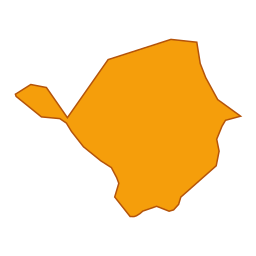 the border of Dravograd
{"feature_id": "SVN-947", "entity_name": "Dravograd", "entity_type": "Municipality", "adm_level": 1, "iso_a3": "SVN", "parent_name": "Slovenia", "parent_adm1": "", "projection": "orthographic", "projection_center": [15.031, 46.594], "detail": "fine", "context": "isolated", "style": "filled", "palette": "amber", "viewbox_px": 256, "rotation_deg": 0, "n_neighbors": 0, "source": "natural_earth", "source_scale": "10m", "svg_char_len": 567}
<svg xmlns="http://www.w3.org/2000/svg" viewBox="0 0 256 256"><path d="M170.9,39.4L196.8,42.2L200.2,63.5L205.7,77.6L217.7,99.6L240.6,116.2L225.5,120.3L222.0,126.2L216.7,139.2L219.1,151.2L216.2,165.8L180.8,197.1L178.6,204.4L173.6,209.9L169.1,211.2L156.6,206.3L142.8,211.1L139.9,213.6L136.4,215.8L134.0,216.6L130.1,216.5L114.7,197.0L118.8,183.3L116.7,177.7L111.4,167.6L100.9,160.9L83.5,146.8L71.5,131.5L66.4,123.1L59.8,118.6L41.4,116.9L16.1,96.4L15.4,94.2L30.8,84.5L46.4,87.5L67.4,117.7L108.1,59.6L170.9,39.4Z" fill="#f59e0b" stroke="#b45309" stroke-width="1.5"/></svg>